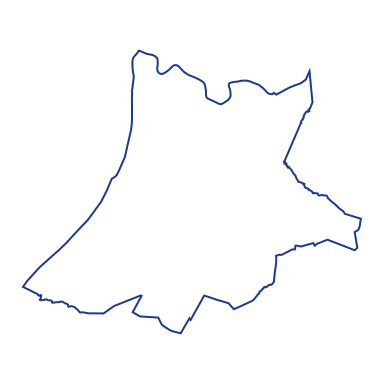 Kota Banjarmasin, Kalimantan Selatan, Indonesia (orthographic projection)
{"feature_id": "22746128B37126944555810", "entity_name": "Kota Banjarmasin", "entity_type": "district", "adm_level": 2, "iso_a3": "IDN", "parent_name": "Indonesia", "parent_adm1": "Kalimantan Selatan", "projection": "orthographic", "projection_center": [114.6, -3.325], "detail": "fine", "context": "isolated", "style": "outline", "palette": "blue", "viewbox_px": 384, "rotation_deg": 0, "n_neighbors": 0, "source": "geoboundaries", "source_scale": "gbopen_adm2", "svg_char_len": 5758}
<svg xmlns="http://www.w3.org/2000/svg" viewBox="0 0 384 384"><path d="M309.5,71.3L307.0,76.8L305.9,79.5L300.8,83.3L294.4,85.5L288.6,88.0L276.3,94.6L273.9,92.8L272.5,94.0L272.2,94.2L271.9,94.2L271.4,94.2L270.0,94.0L268.8,93.6L267.9,93.2L265.8,91.0L263.2,88.3L261.5,86.9L258.4,84.6L253.5,82.9L251.9,82.1L250.0,81.4L247.3,80.7L246.5,80.7L243.5,80.6L241.7,80.7L239.5,81.2L236.5,81.7L234.4,81.9L232.6,82.2L231.4,82.5L229.6,83.1L229.3,83.4L229.0,84.0L228.8,84.9L228.8,85.4L228.8,85.9L229.0,86.8L229.9,89.0L230.2,90.6L230.4,91.9L230.6,95.2L230.6,95.9L229.9,97.6L229.3,98.5L228.2,99.9L225.2,101.9L223.2,103.2L221.6,104.1L220.5,104.2L218.4,103.6L214.9,101.8L207.7,98.5L207.5,98.4L207.1,98.0L206.6,97.3L206.4,96.8L206.2,96.5L206.1,95.8L205.9,94.4L206.0,91.1L205.0,85.1L204.7,84.4L203.8,82.9L203.4,82.4L202.6,81.7L201.8,81.1L200.3,80.2L195.9,77.9L192.0,76.3L189.7,75.5L188.9,75.1L187.7,74.4L185.8,73.2L184.4,72.2L183.5,71.4L181.9,69.8L180.7,68.4L178.9,66.6L177.6,65.7L176.8,65.3L176.0,65.1L175.2,65.1L174.6,65.2L173.7,65.5L172.7,66.1L171.1,67.6L170.0,68.8L169.0,69.8L166.0,72.1L165.0,72.7L162.7,73.8L162.0,74.0L161.2,74.0L160.5,73.8L158.7,72.8L158.5,72.5L158.0,71.7L157.7,71.2L157.3,69.9L157.2,68.7L157.4,66.9L157.6,65.5L157.7,63.8L157.7,61.5L157.6,60.0L157.3,58.7L157.1,58.3L157.0,58.0L156.6,57.6L155.5,56.5L154.7,56.0L154.5,55.9L153.2,55.2L152.4,54.9L150.6,54.6L146.5,53.8L143.3,52.4L140.6,51.2L138.9,50.7L138.6,51.2L136.0,54.6L135.0,55.5L133.5,57.4L132.9,58.8L132.6,59.9L132.5,61.2L132.4,62.8L132.5,66.9L132.8,70.5L133.1,72.4L133.2,73.6L133.8,76.2L133.7,77.6L132.0,90.9L132.1,92.6L131.9,98.6L132.0,102.8L132.0,118.1L131.8,123.3L131.2,129.2L124.9,156.9L118.7,171.3L116.5,175.3L115.1,176.7L111.7,178.9L107.6,188.7L104.9,194.4L101.0,201.9L93.4,212.4L87.8,219.9L74.8,233.7L65.9,243.4L59.4,249.6L39.9,267.0L37.9,269.1L27.3,280.8L23.0,286.9L37.8,294.2L37.9,294.9L38.1,295.2L38.6,295.6L39.2,295.7L39.6,295.7L39.8,295.4L40.2,295.2L40.7,295.1L41.2,295.3L41.2,295.7L41.2,296.3L40.8,297.7L40.5,298.4L40.5,298.8L40.2,299.4L39.9,299.8L40.3,300.1L40.7,300.2L41.2,300.1L41.8,300.1L42.8,300.1L44.7,299.7L45.7,299.3L46.4,299.3L47.0,299.6L47.5,300.0L48.2,300.2L49.0,300.4L50.2,300.3L51.2,300.5L51.7,300.8L52.0,301.4L52.0,302.1L52.1,302.6L52.6,302.7L53.6,302.7L54.7,302.5L55.6,302.3L56.8,302.2L59.6,302.1L60.3,301.7L61.5,301.5L62.1,301.6L62.9,301.9L65.0,303.4L66.0,303.6L66.5,303.6L67.3,304.1L68.1,304.9L68.2,305.6L68.1,306.4L68.6,306.8L71.4,306.1L71.9,306.3L72.6,306.4L73.8,306.9L74.9,307.3L75.5,307.8L76.3,308.9L77.2,309.3L79.0,311.3L79.7,312.3L80.6,312.5L82.5,312.3L83.5,312.3L84.3,312.6L85.1,312.7L87.0,313.1L89.5,313.4L92.9,313.3L97.9,313.4L100.9,313.4L103.5,313.5L114.1,306.0L140.7,295.5L141.5,295.8L141.1,297.0L138.8,300.9L137.1,304.1L132.7,312.2L139.9,316.4L158.3,317.6L160.1,321.4L162.0,324.9L166.3,327.9L170.5,330.5L172.4,331.2L180.7,333.3L189.4,318.3L190.6,319.9L204.2,295.6L207.6,296.6L216.3,299.6L228.5,303.2L233.8,309.2L240.3,306.4L251.6,301.1L253.8,299.6L257.0,295.7L257.8,294.4L259.2,293.3L259.2,293.0L259.2,292.8L259.4,292.7L259.5,292.4L259.5,292.2L259.6,291.6L259.8,291.5L259.9,291.4L260.0,291.3L260.7,291.0L261.1,290.8L261.9,289.8L262.0,289.6L262.0,289.4L262.4,289.2L262.5,289.0L262.8,288.9L262.9,288.7L263.0,288.6L263.3,288.4L263.4,288.2L263.5,288.0L263.5,287.9L263.7,287.7L264.0,287.3L264.3,287.0L264.4,286.9L264.8,287.1L265.0,287.2L265.2,287.3L265.5,287.3L265.8,287.1L266.4,287.0L266.5,286.8L266.8,286.8L266.9,286.6L267.1,286.6L267.3,286.4L267.6,286.0L267.9,285.7L268.0,285.7L268.5,285.5L268.7,285.2L269.2,285.1L269.3,285.1L269.7,284.9L269.8,284.9L270.1,284.9L270.2,284.7L270.5,284.6L271.6,284.7L273.9,281.9L274.6,274.3L274.8,272.5L276.1,263.8L276.2,260.7L276.2,258.9L276.1,255.8L279.8,254.6L281.2,255.0L282.6,254.4L291.9,249.6L293.9,249.3L294.9,249.4L295.2,247.8L295.4,245.7L295.8,245.6L296.6,245.6L298.1,245.9L299.2,246.1L299.7,246.2L300.2,246.4L301.0,246.5L310.7,243.8L312.7,243.3L312.9,243.4L313.0,243.4L313.4,243.2L313.8,244.1L314.8,245.7L315.6,245.1L316.7,244.1L317.3,243.7L327.5,239.7L354.7,250.2L357.3,247.8L354.7,232.0L358.2,230.0L359.6,226.7L360.7,219.6L361.0,218.8L344.8,213.8L343.5,211.5L339.3,208.4L337.6,206.8L335.8,205.0L334.8,204.1L332.1,202.0L327.8,198.1L327.5,196.8L327.2,196.3L326.8,195.7L322.6,195.1L322.3,195.2L321.9,195.1L320.8,195.1L319.5,195.5L318.6,195.4L318.2,194.8L317.6,193.4L316.5,193.4L315.8,193.3L315.2,193.1L314.4,192.8L314.1,192.9L314.0,193.0L313.8,193.0L313.4,193.4L312.6,192.8L312.3,191.9L312.0,191.5L310.1,190.3L308.6,189.9L308.5,188.9L307.6,188.5L307.2,188.3L306.4,188.1L306.0,188.0L305.4,187.7L304.3,185.8L304.2,185.0L304.2,184.5L304.4,184.0L304.0,183.8L303.3,183.9L302.9,183.8L302.5,183.3L302.5,183.0L302.2,182.8L301.8,182.7L300.7,182.4L299.8,182.0L298.6,181.9L298.0,181.5L297.7,180.3L296.4,178.2L295.7,176.6L295.5,175.9L295.1,175.2L293.7,173.9L292.8,172.3L291.7,170.7L291.5,170.0L291.0,169.6L289.8,168.1L289.2,167.3L289.1,167.5L288.7,167.4L288.4,167.4L288.2,167.6L287.8,167.6L287.7,167.4L287.7,167.1L287.3,166.6L287.3,166.3L287.3,165.8L286.9,165.7L286.2,165.0L286.1,164.5L286.2,164.3L286.5,164.0L286.4,163.7L286.2,163.6L285.9,163.7L285.6,164.0L285.4,163.9L285.2,163.7L284.9,163.5L284.6,163.5L284.7,163.1L284.6,162.8L284.9,162.5L285.1,162.5L285.3,162.6L285.4,162.3L285.0,161.9L284.3,162.1L284.0,162.1L283.9,161.7L284.3,161.2L284.6,160.9L300.5,123.9L301.3,123.1L300.9,122.7L300.9,122.2L301.2,121.2L301.9,120.0L302.5,119.8L302.8,119.6L302.8,119.0L302.9,118.7L303.2,118.3L303.4,118.0L303.3,117.7L303.6,117.2L303.9,116.8L303.8,116.3L303.7,116.1L303.7,115.8L303.9,115.6L304.1,114.9L304.2,114.7L304.5,114.5L304.9,113.9L305.3,113.1L305.5,112.9L306.0,112.0L306.4,111.6L306.9,111.4L307.6,111.2L307.9,111.8L309.3,111.2L308.8,109.8L309.2,109.9L310.6,106.9L312.5,102.4L309.5,71.3Z" fill="none" stroke="#1e3a8a" stroke-width="2"/></svg>